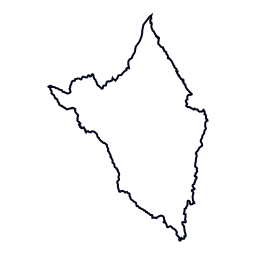 Granada, Antioquia, Colombia (Natural Earth projection)
{"feature_id": "7082276B66868517078286", "entity_name": "Granada", "entity_type": "district", "adm_level": 2, "iso_a3": "COL", "parent_name": "Colombia", "parent_adm1": "Antioquia", "projection": "natural_earth1", "projection_center": [-75.146, 6.125], "detail": "fine", "context": "isolated", "style": "outline", "palette": "ink", "viewbox_px": 256, "rotation_deg": 0, "n_neighbors": 0, "source": "geoboundaries", "source_scale": "gbopen_adm2", "svg_char_len": 5800}
<svg xmlns="http://www.w3.org/2000/svg" viewBox="0 0 256 256"><path d="M109.2,152.7L110.6,155.4L110.7,156.1L110.4,156.9L111.3,157.5L111.6,158.8L112.6,160.2L112.5,162.6L112.9,163.0L113.6,163.2L114.2,164.1L114.6,166.7L115.0,167.3L116.8,168.4L116.9,169.6L117.7,169.9L118.0,171.6L119.1,173.3L119.2,174.7L118.4,176.9L119.0,178.7L119.0,179.7L117.4,181.5L117.3,182.8L118.0,184.6L117.8,186.5L119.2,191.5L120.3,191.8L121.3,191.0L122.1,190.8L122.8,191.2L124.0,191.3L125.1,192.5L125.6,192.5L126.9,191.9L128.0,193.1L129.2,193.5L129.7,194.2L129.5,195.9L130.3,197.1L130.6,198.9L134.3,201.9L135.9,202.6L136.7,206.1L138.2,206.3L139.6,208.0L140.3,207.9L141.3,208.8L142.9,209.4L143.6,209.9L144.0,210.5L145.3,210.7L145.9,212.0L147.0,212.1L147.4,212.8L149.2,213.8L150.5,215.1L152.0,215.0L152.4,215.6L152.2,217.4L152.4,217.9L155.0,217.5L156.1,218.2L156.9,217.8L157.7,216.9L160.4,215.7L161.2,215.6L163.0,216.2L164.0,217.7L164.0,219.1L164.7,220.5L164.7,221.1L163.7,221.7L163.7,222.3L164.1,222.5L165.2,222.4L165.5,222.6L166.6,224.9L167.0,226.7L167.3,227.1L168.0,227.1L170.4,226.2L171.6,226.9L172.7,228.3L174.3,229.0L175.7,230.3L176.9,232.3L176.4,233.7L176.6,234.7L179.3,237.6L179.2,239.8L179.5,240.4L179.9,240.6L180.6,240.4L181.1,239.5L181.2,238.2L181.4,237.9L181.7,238.1L182.2,238.9L184.2,238.6L184.5,236.1L185.5,236.3L185.8,235.1L184.6,231.2L184.1,226.4L182.6,224.5L182.2,222.4L182.8,222.0L185.3,222.4L185.8,221.9L185.6,220.7L185.0,219.6L185.5,217.2L185.5,214.2L183.9,213.9L184.6,210.5L184.5,209.1L184.7,208.8L186.0,208.2L186.1,207.3L187.0,206.0L187.5,204.4L187.5,202.3L187.8,200.9L188.5,200.7L189.2,201.0L189.9,202.2L190.1,204.1L190.8,204.5L192.3,204.2L193.1,203.1L194.3,203.1L194.1,202.2L193.1,200.9L192.6,197.1L192.6,196.2L193.5,192.9L193.0,192.0L192.0,191.1L191.8,190.5L192.2,189.9L194.1,189.4L194.6,188.9L192.8,186.6L192.5,185.5L192.8,185.0L194.3,183.9L194.4,182.7L195.0,181.7L195.2,180.3L196.2,178.9L196.7,177.6L196.4,176.9L194.9,176.4L194.7,175.6L195.6,174.4L195.7,173.1L196.9,172.0L197.2,171.2L196.7,169.5L197.0,168.6L196.9,168.0L196.0,167.1L195.3,166.8L195.1,166.4L195.4,163.0L195.8,161.6L196.0,158.6L196.6,156.9L196.6,154.5L196.0,154.0L195.9,153.6L196.3,152.3L198.0,150.4L199.4,147.7L200.7,146.6L201.7,146.2L202.1,145.7L202.2,144.8L201.7,143.1L200.8,141.6L200.8,140.2L201.3,139.1L202.1,138.0L202.3,135.9L204.2,133.2L204.3,131.0L205.8,129.0L205.9,128.4L205.2,126.4L205.2,123.1L206.1,121.3L206.6,120.8L207.5,120.7L207.5,120.4L207.2,119.4L206.1,118.8L205.9,117.7L206.1,116.1L205.5,114.6L204.5,114.3L204.8,112.1L203.6,109.8L203.1,110.1L202.5,111.4L199.6,111.7L198.1,110.7L197.6,109.5L195.6,109.4L194.7,108.6L193.8,109.5L193.4,109.5L192.5,108.7L191.2,108.3L190.6,107.6L189.0,107.0L188.1,107.2L186.2,105.9L186.2,105.4L187.0,104.4L187.1,103.7L186.1,102.3L185.8,101.0L185.9,100.5L187.4,99.4L187.2,97.2L187.5,96.1L188.4,95.0L189.3,94.8L190.5,94.9L191.7,94.4L191.7,93.9L189.7,92.1L186.5,88.4L185.3,85.9L185.4,84.7L183.8,83.6L183.5,81.1L183.0,81.7L182.6,81.4L182.6,79.4L181.8,79.4L181.1,79.0L179.5,76.6L178.8,76.2L179.0,75.3L178.3,75.1L177.1,72.8L177.6,71.9L177.6,71.6L176.7,71.9L176.2,71.2L176.2,70.6L176.7,69.3L174.4,67.2L174.2,66.7L174.3,65.9L173.4,65.1L173.2,64.2L171.5,60.9L170.1,59.5L169.8,58.7L169.5,58.4L168.3,58.5L167.9,58.2L167.8,57.8L168.1,56.8L168.0,56.1L166.9,54.3L166.3,53.8L166.3,52.8L166.1,52.1L165.4,51.5L164.5,51.3L164.2,50.9L163.7,49.6L163.8,49.1L163.1,48.7L163.1,47.4L161.6,47.1L160.7,46.6L159.4,44.9L158.2,43.7L158.2,42.1L158.6,41.2L158.5,39.5L158.6,39.0L159.0,38.7L158.9,37.7L158.5,37.4L157.9,37.9L157.1,36.6L156.4,36.7L156.1,36.4L156.2,35.4L155.3,34.6L154.1,31.9L153.4,31.0L152.8,30.8L151.4,27.3L151.4,25.4L151.8,24.2L151.1,23.5L151.5,22.9L151.4,22.4L150.4,22.5L150.4,21.2L150.1,20.4L150.5,19.3L151.3,18.8L151.0,16.3L151.3,15.4L149.6,16.7L143.4,24.9L142.2,31.0L142.2,33.1L141.7,35.8L140.3,39.7L139.4,41.6L135.6,47.0L134.8,52.1L132.4,56.2L131.8,58.1L129.8,59.2L128.7,60.6L128.3,62.1L128.3,64.5L129.0,68.2L127.2,68.0L126.3,68.8L126.6,70.0L124.6,71.2L122.3,73.6L121.5,74.9L118.5,75.4L117.6,77.2L117.6,77.9L115.3,80.6L114.1,79.4L113.0,78.9L112.6,78.2L112.2,79.9L111.7,80.7L110.6,80.9L109.8,81.5L108.2,81.3L107.2,81.7L106.6,82.5L105.9,85.4L103.6,85.7L103.1,86.3L102.8,88.1L102.3,88.6L101.7,88.7L98.7,85.7L97.7,85.4L97.6,84.7L96.8,83.8L96.7,82.3L95.8,81.1L95.6,80.1L94.6,79.1L93.7,77.5L93.5,75.3L92.7,74.2L92.0,74.4L91.1,76.1L90.4,76.5L89.5,76.4L89.2,75.4L88.4,75.3L88.0,75.5L87.4,76.8L86.9,77.4L84.5,77.2L83.1,76.6L82.2,77.4L81.5,79.1L81.1,79.5L79.3,78.6L78.1,78.5L75.1,79.2L75.0,80.4L74.7,80.8L73.0,80.8L72.3,81.2L71.6,82.6L71.1,84.5L70.2,85.8L70.2,87.6L69.5,88.9L70.3,90.5L70.5,92.1L69.2,93.1L67.5,93.6L64.0,92.0L62.7,91.8L61.8,90.2L59.6,89.7L57.5,88.3L55.9,88.1L54.5,87.1L51.9,87.0L51.7,86.2L50.0,85.7L48.5,86.8L48.7,87.0L49.2,87.1L50.3,88.0L50.3,89.3L51.6,90.9L51.5,93.4L54.0,95.3L55.3,98.5L56.5,98.7L57.2,99.3L57.7,101.4L59.0,103.2L59.1,104.3L59.5,104.5L59.9,105.2L60.9,105.5L61.6,106.0L62.2,106.0L62.6,106.8L64.1,107.3L64.6,108.0L65.3,108.1L66.1,108.9L67.3,109.4L69.5,108.6L70.8,108.5L71.1,108.1L72.1,108.3L72.3,107.9L72.6,107.8L74.0,108.2L74.7,109.3L75.1,109.2L75.0,110.0L75.4,110.4L75.2,111.0L75.4,112.0L76.4,113.4L78.1,115.1L77.9,116.1L78.0,116.6L77.6,117.1L77.7,118.0L77.3,118.7L77.7,119.1L77.3,120.6L78.4,121.7L79.2,122.0L80.2,123.4L79.7,123.5L79.6,124.1L79.0,124.3L78.9,124.8L79.3,125.3L79.9,125.6L79.9,126.4L80.5,126.5L80.3,127.2L81.0,127.8L81.9,128.2L82.4,128.1L83.4,127.3L83.9,127.4L84.1,128.3L84.5,128.5L84.7,129.4L85.4,130.1L85.4,131.5L85.7,131.9L85.8,131.0L86.7,131.7L88.1,131.1L89.1,132.0L90.7,132.3L91.5,131.5L92.3,131.3L94.1,131.7L95.5,132.7L97.0,134.4L97.3,135.9L97.8,137.3L98.8,137.8L99.3,139.1L100.7,140.7L102.4,141.9L103.1,142.7L104.8,143.1L106.9,145.0L107.3,147.4L108.1,148.5L108.2,149.9L107.9,150.9L108.9,151.8L109.2,152.7Z" fill="none" stroke="#020617" stroke-width="2"/></svg>